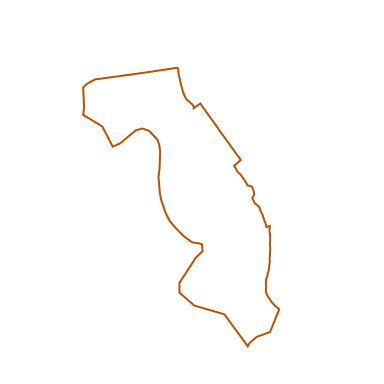 Faux A Chaud, Castries, Saint Lucia, rotated 41°
{"feature_id": "8701671B10526359848248", "entity_name": "Faux A Chaud", "entity_type": "district", "adm_level": 2, "iso_a3": "LCA", "parent_name": "Saint Lucia", "parent_adm1": "Castries", "projection": "robinson", "projection_center": [-60.995, 14.009], "detail": "fine", "context": "isolated", "style": "outline", "palette": "amber", "viewbox_px": 384, "rotation_deg": 41, "n_neighbors": 0, "source": "geoboundaries", "source_scale": "gbopen_adm2", "svg_char_len": 1608}
<svg xmlns="http://www.w3.org/2000/svg" viewBox="0 0 384 384"><g transform="rotate(41 192 192)"><path d="M273.0,166.6L271.2,169.6L268.6,167.7L265.7,166.3L259.6,162.6L255.6,161.1L252.5,159.1L246.8,159.3L241.3,156.9L240.9,153.6L239.6,152.0L234.7,149.0L233.7,148.8L232.4,149.0L229.8,150.5L223.6,148.6L217.7,147.0L213.7,146.9L211.6,146.5L210.8,145.9L206.7,144.5L207.8,135.9L205.8,135.3L200.2,134.1L194.1,132.6L187.1,130.9L183.0,130.0L174.7,128.1L171.7,127.3L161.3,124.8L157.0,123.8L144.8,120.9L141.9,120.1L140.2,119.8L138.3,127.7L136.5,125.9L133.7,125.7L131.9,125.7L130.1,125.7L127.6,125.6L125.9,125.4L123.9,124.6L121.3,123.4L119.4,122.4L118.3,121.5L116.5,120.3L112.2,117.4L108.1,114.4L106.4,113.1L104.7,111.9L102.5,109.8L101.3,108.5L100.5,108.2L99.4,107.8L78.6,132.3L45.0,170.6L41.7,179.5L41.3,184.6L45.4,188.8L55.2,199.1L59.3,205.2L81.4,201.4L102.5,209.8L105.9,202.4L109.1,182.3L112.8,176.7L119.8,173.9L132.0,175.3L136.5,178.1L141.4,182.3L151.6,194.9L157.0,202.8L167.6,213.1L173.3,217.8L186.0,225.2L194.2,228.5L203.1,229.9L215.0,230.8L225.2,229.9L230.9,226.2L233.9,224.9L238.8,229.6L238.0,238.9L242.1,268.7L248.6,276.2L251.1,276.2L268.2,276.2L296.7,263.1L335.2,271.8L334.5,268.2L335.9,258.9L342.7,246.4L339.3,236.3L334.8,223.2L334.1,223.2L331.1,223.3L329.4,223.4L323.8,222.8L321.0,221.8L318.2,221.2L314.5,219.7L312.6,218.1L309.9,214.5L308.0,212.9L305.2,209.3L304.3,206.7L302.9,204.1L301.1,200.4L298.8,197.3L296.9,194.2L293.7,190.6L292.3,188.5L290.5,186.4L288.2,183.3L285.4,180.7L282.6,177.0L279.4,173.4L275.7,170.3L274.9,169.1L274.3,168.1L273.0,166.6Z" fill="none" stroke="#b45309" stroke-width="2"/></g></svg>